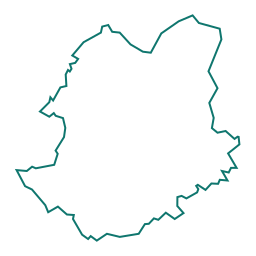 Demir Kapija, Demir Kapija, North Macedonia (Equal Earth projection)
{"feature_id": "65306769B1402835444879", "entity_name": "Demir Kapija", "entity_type": "district", "adm_level": 2, "iso_a3": "MKD", "parent_name": "North Macedonia", "parent_adm1": "Demir Kapija", "projection": "equal_earth", "projection_center": [22.242, 41.393], "detail": "fine", "context": "isolated", "style": "outline", "palette": "teal", "viewbox_px": 256, "rotation_deg": 0, "n_neighbors": 0, "source": "geoboundaries", "source_scale": "gbopen_adm2", "svg_char_len": 1186}
<svg xmlns="http://www.w3.org/2000/svg" viewBox="0 0 256 256"><path d="M217.5,88.2L208.5,71.3L221.4,39.4L219.7,28.7L198.9,23.0L192.6,15.4L178.7,21.3L161.3,33.4L150.8,52.7L142.9,51.7L130.5,44.4L119.7,32.6L112.2,31.8L108.2,25.0L102.2,26.6L100.9,32.6L83.6,42.2L72.3,55.5L78.1,58.9L75.2,62.9L69.9,64.1L71.5,68.8L69.8,71.5L68.0,70.0L65.7,74.5L66.4,86.0L60.4,87.4L53.1,100.5L50.4,97.3L49.3,102.2L40.0,111.5L49.3,116.7L53.8,113.1L55.7,115.8L63.0,118.1L65.3,127.9L64.0,137.1L55.6,150.6L57.7,153.8L54.2,164.8L35.8,168.3L32.1,166.7L26.8,171.0L16.6,170.1L25.1,186.2L32.0,189.5L45.3,205.2L48.2,212.2L57.9,206.6L66.9,214.5L73.8,215.0L73.0,219.0L82.1,234.7L88.1,239.0L90.7,236.1L96.8,240.6L106.9,233.8L119.8,236.9L138.7,233.8L144.9,224.1L148.8,223.8L153.9,218.4L158.3,219.8L165.8,212.7L174.7,219.0L183.5,213.1L177.3,206.0L177.4,197.1L181.6,195.9L186.4,198.4L197.1,192.4L198.3,189.1L196.2,185.9L197.8,184.8L205.5,189.9L211.4,183.5L218.1,183.8L219.8,179.8L227.5,180.5L222.0,171.0L228.7,172.5L231.0,167.9L236.6,167.9L228.1,153.4L239.4,144.4L238.6,136.9L237.6,136.7L234.5,138.9L225.6,131.0L217.5,132.7L211.9,128.1L213.7,117.9L209.3,102.9L217.5,88.2Z" fill="none" stroke="#0f766e" stroke-width="2"/></svg>